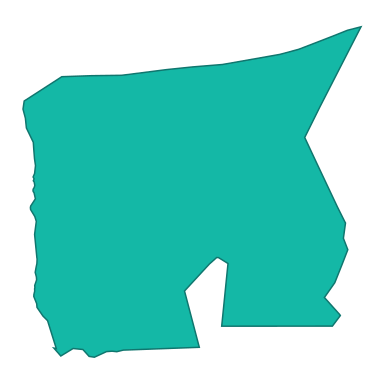 Koubenni, Hodh el Gharbi, Mauritania
{"feature_id": "47542326B43555481021158", "entity_name": "Koubenni", "entity_type": "district", "adm_level": 2, "iso_a3": "MRT", "parent_name": "Mauritania", "parent_adm1": "Hodh el Gharbi", "projection": "albers", "projection_center": [-9.623, 15.9], "detail": "fine", "context": "isolated", "style": "filled", "palette": "teal", "viewbox_px": 384, "rotation_deg": 0, "n_neighbors": 0, "source": "geoboundaries", "source_scale": "gbopen_adm2", "svg_char_len": 1190}
<svg xmlns="http://www.w3.org/2000/svg" viewBox="0 0 384 384"><path d="M361.0,26.8L347.4,30.3L330.3,37.1L298.7,49.3L279.8,54.4L222.4,64.5L192.8,66.9L166.6,69.6L121.6,75.3L91.4,75.7L61.8,76.7L24.5,100.8L24.2,101.0L23.0,109.1L25.4,118.2L25.4,118.3L26.4,128.0L33.3,142.3L33.7,148.4L34.5,158.7L35.5,165.6L34.6,173.5L33.1,177.0L34.0,178.6L33.8,179.8L33.3,180.8L34.2,182.0L34.8,185.5L34.2,187.5L33.2,189.1L33.0,190.3L33.2,191.6L34.0,192.6L35.4,198.8L30.7,206.0L30.4,207.6L30.6,209.6L34.8,216.5L36.3,221.4L34.6,234.4L36.9,258.0L37.1,258.8L36.9,263.5L36.1,267.3L35.5,270.6L35.2,272.4L36.4,277.0L36.6,279.9L36.0,281.7L34.7,285.5L34.9,287.5L34.6,288.8L34.7,291.1L33.9,294.5L33.8,296.5L36.7,303.7L37.0,307.4L43.0,316.1L47.6,320.7L47.8,321.4L56.3,348.6L53.9,348.1L60.8,356.0L73.1,348.5L82.9,349.5L89.1,356.4L94.4,357.2L106.5,351.6L112.1,351.2L116.8,351.7L123.3,350.1L199.3,347.3L184.5,291.0L209.4,264.0L216.7,257.5L218.5,257.6L228.0,263.5L221.7,326.2L332.4,326.1L340.3,315.6L339.8,315.0L339.9,314.8L324.4,297.5L334.8,282.7L342.1,264.4L347.8,249.7L343.4,238.3L345.5,223.0L345.0,222.1L337.3,206.7L315.9,161.4L304.7,137.5L319.9,106.9L361.0,26.8Z" fill="#14b8a6" stroke="#0f766e" stroke-width="1.5"/></svg>